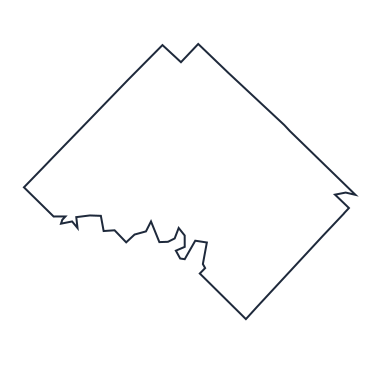 Marion, Arkansas, United States of America, rotated 133°
{"feature_id": "52423323B60870654888201", "entity_name": "Marion", "entity_type": "district", "adm_level": 2, "iso_a3": "USA", "parent_name": "United States of America", "parent_adm1": "Arkansas", "projection": "natural_earth1", "projection_center": [-92.599, 36.281], "detail": "fine", "context": "isolated", "style": "outline", "palette": "slate", "viewbox_px": 384, "rotation_deg": 133, "n_neighbors": 0, "source": "geoboundaries", "source_scale": "gbopen_adm2", "svg_char_len": 749}
<svg xmlns="http://www.w3.org/2000/svg" viewBox="0 0 384 384"><g transform="rotate(133 192 192)"><path d="M303.2,318.1L304.3,276.5L296.2,267.9L300.8,267.9L304.5,266.2L295.3,259.6L296.4,251.2L289.3,259.5L278.8,250.7L271.6,242.4L280.8,230.0L272.8,222.5L273.7,205.8L262.3,205.0L252.2,198.8L241.5,201.9L250.9,181.7L244.8,175.6L237.8,173.0L227.4,177.2L228.8,167.7L237.1,159.9L245.9,163.8L248.7,155.3L246.1,151.5L225.4,156.4L218.8,146.7L237.3,134.9L238.7,130.5L246.3,130.7L248.2,65.9L231.8,66.1L134.8,66.4L103.9,66.2L103.8,66.3L96.7,66.3L96.4,85.6L87.6,79.2L82.6,70.5L80.7,161.6L80.1,170.1L80.1,246.5L79.5,288.4L104.6,288.6L104.7,313.8L153.9,315.3L223.8,316.6L263.7,317.4L272.7,317.5L303.2,318.1Z" fill="none" stroke="#1e293b" stroke-width="2"/></g></svg>